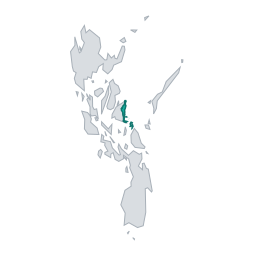 Antique, Antique, Philippines (highlighted), rotated 179°
{"feature_id": "2640588B32523752073662", "entity_name": "Antique", "entity_type": "district", "adm_level": 2, "iso_a3": "PHL", "parent_name": "Philippines", "parent_adm1": "Antique", "projection": "equal_earth", "projection_center": [121.674, 11.308], "detail": "fine", "context": "in_parent", "style": "filled", "palette": "teal", "viewbox_px": 256, "rotation_deg": 179, "n_neighbors": 0, "source": "geoboundaries", "source_scale": "gbopen_adm2", "svg_char_len": 6732}
<svg xmlns="http://www.w3.org/2000/svg" viewBox="0 0 256 256"><g transform="rotate(179 128 128)"><path d="M120.2,28.3L128.8,33.3L133.6,30.8L132.3,43.0L136.5,51.3L132.1,65.8L125.9,69.7L126.0,73.8L123.5,79.1L127.0,88.2L126.3,90.7L127.9,97.1L133.0,100.8L132.9,97.4L137.8,94.8L141.4,96.8L143.3,103.6L145.6,102.2L145.8,98.7L151.6,102.2L151.5,104.0L148.5,105.2L151.6,111.1L151.2,113.5L155.4,114.7L154.4,122.0L152.3,120.1L153.1,116.6L145.8,114.6L144.0,108.4L137.4,101.1L136.0,101.5L138.3,109.1L137.5,112.2L134.9,107.2L128.0,100.7L123.0,105.2L117.2,101.5L114.8,102.7L114.6,96.8L118.3,89.7L114.2,86.0L114.3,92.2L112.5,92.6L110.4,87.4L108.4,86.5L104.9,64.7L105.6,63.6L109.4,67.9L111.8,67.0L111.7,43.4L114.5,30.0L120.2,28.3ZM171.0,166.0L179.5,173.5L180.8,178.6L178.9,184.2L181.5,185.9L182.6,190.4L184.1,205.4L179.6,211.6L179.6,220.1L175.3,204.0L173.7,205.1L170.1,214.1L172.6,217.7L173.5,225.3L169.8,231.3L168.4,223.9L164.8,227.0L154.9,218.6L153.8,209.4L156.4,203.0L150.0,196.4L148.0,196.6L146.8,202.9L143.4,198.3L140.4,200.9L139.8,197.9L137.8,197.3L132.3,210.1L130.2,209.8L129.7,206.1L133.4,194.4L141.2,191.1L142.9,186.7L147.3,182.5L152.2,186.7L151.6,192.8L156.2,189.9L158.6,184.1L162.5,184.7L164.0,178.3L167.2,179.9L168.0,177.4L171.4,177.6L171.0,166.0ZM146.0,173.6L142.2,176.9L140.7,172.8L137.1,170.3L135.2,164.9L136.1,162.8L140.5,160.8L140.1,154.3L142.0,148.3L145.2,146.6L148.1,147.7L148.8,149.9L144.1,164.3L146.0,173.6ZM168.1,122.6L171.6,127.9L171.1,137.2L174.0,145.7L168.2,144.2L165.8,141.2L164.5,137.8L165.3,134.5L158.9,128.5L157.2,122.0L168.1,122.6ZM129.6,133.1L140.3,137.2L141.0,139.6L144.0,138.1L143.6,142.0L139.5,149.2L130.1,155.2L131.8,136.4L129.6,133.1ZM89.0,173.8L74.8,187.8L76.4,182.3L98.3,154.7L99.3,146.9L102.2,141.6L101.8,147.2L103.7,154.3L97.9,161.2L93.1,163.5L89.0,173.8ZM112.1,107.2L121.3,108.5L125.0,113.2L125.2,120.9L121.7,127.4L118.1,122.9L115.0,112.6L111.3,108.8L112.1,107.2ZM160.5,141.1L164.6,140.7L165.7,143.2L165.6,149.8L168.6,157.3L167.2,159.2L165.3,156.4L165.8,161.6L163.0,159.5L163.0,149.9L161.5,147.1L159.0,147.7L157.6,138.1L160.5,141.1ZM146.6,170.8L146.7,162.7L154.3,142.2L153.9,155.9L150.4,160.1L146.6,170.8ZM160.8,165.5L155.3,168.4L153.1,168.0L151.8,165.0L157.8,159.6L160.6,161.7L160.8,165.5ZM144.9,121.8L154.3,131.4L154.3,134.7L147.7,127.5L144.0,132.0L144.9,121.8ZM157.8,105.4L155.7,107.0L154.1,104.9L156.3,98.5L158.5,101.7L157.8,105.4ZM134.4,215.5L130.1,218.5L128.6,214.6L131.3,213.3L134.4,215.5ZM106.1,126.2L110.0,127.4L111.0,130.7L107.5,130.7L106.1,126.2ZM129.6,106.8L131.9,108.0L130.6,112.1L128.6,110.1L129.6,106.8ZM119.4,223.5L123.7,226.0L117.5,225.8L119.4,223.5ZM173.6,163.5L171.3,160.3L173.2,155.3L173.0,158.3L173.6,163.5ZM132.3,120.7L130.7,129.2L129.7,125.7L130.6,121.5L132.3,120.7ZM109.1,235.5L109.4,238.1L105.1,239.7L109.1,235.5ZM130.9,84.1L130.8,87.9L129.8,89.5L128.7,83.6L130.9,84.1ZM138.7,150.6L136.9,155.5L136.8,152.6L138.7,150.6ZM107.8,132.2L106.7,135.7L105.8,131.6L107.8,132.2ZM160.9,138.8L159.4,138.9L158.0,136.1L159.7,135.7L160.9,138.8ZM137.6,123.2L137.6,126.4L135.5,123.8L137.6,123.2ZM179.2,165.3L177.1,164.7L178.0,161.2L179.2,165.3ZM142.7,113.5L146.4,119.9L141.7,113.6L142.7,113.5ZM107.4,153.2L104.9,155.0L105.6,152.1L107.4,153.2ZM149.9,173.5L149.4,176.2L148.0,174.8L149.9,173.5ZM150.4,121.3L151.2,125.1L149.4,120.3L150.4,121.3ZM73.2,195.4L71.9,195.2L72.2,192.7L73.1,192.5L73.2,195.4ZM163.3,175.6L161.7,175.8L161.5,174.3L162.5,174.0L163.3,175.6ZM174.8,209.9L173.6,208.1L174.0,206.3L174.8,207.2L174.8,209.9ZM109.9,102.5L110.6,104.6L108.6,102.1L109.9,102.5ZM168.2,160.3L168.9,163.2L167.1,159.7L168.2,160.3ZM130.4,23.1L128.5,24.9L129.9,22.3L130.4,23.1ZM132.6,98.9L130.1,97.3L130.1,96.1L132.6,98.9ZM123.6,16.3L125.2,18.3L123.4,17.0L123.6,16.3Z" fill="#d9dde1" stroke="#a8b0b8" stroke-width="1"/><path d="M128.8,134.5L129.1,134.7L129.3,134.6L129.5,134.6L129.8,134.5L130.0,134.7L130.3,134.7L130.6,134.8L130.7,135.0L130.8,135.0L130.8,134.9L131.1,135.0L131.3,134.9L131.4,135.0L131.6,135.1L131.7,135.3L131.7,135.5L131.8,135.8L131.7,136.0L131.8,136.4L131.7,136.6L131.7,137.0L131.7,137.3L131.6,137.7L131.5,138.1L131.6,138.4L131.6,138.6L131.4,139.0L131.2,139.2L131.3,139.3L131.3,139.5L131.2,140.1L131.3,140.6L131.3,141.1L131.2,141.2L131.0,141.5L130.9,141.8L131.2,142.4L131.1,142.6L131.2,143.0L131.0,143.4L131.0,143.5L131.0,144.1L131.0,144.6L131.1,145.0L131.1,145.4L131.1,145.5L131.2,146.0L131.1,146.4L131.0,146.5L130.8,146.9L130.6,147.2L130.4,147.6L130.3,148.1L130.2,148.6L130.1,148.8L130.1,149.0L130.0,149.4L130.0,149.5L129.9,149.7L129.8,149.9L129.7,150.1L129.8,150.6L130.0,150.6L130.2,150.9L130.3,151.6L130.3,152.2L130.2,152.7L130.2,152.9L130.2,153.2L130.1,153.5L130.0,153.8L129.9,154.0L129.7,154.2L129.6,154.3L129.7,154.5L129.6,154.8L129.6,155.0L129.7,155.3L129.8,155.5L130.2,155.7L130.1,155.8L130.2,155.7L130.4,155.5L130.4,155.4L130.5,155.3L130.7,155.2L130.9,154.9L130.7,154.7L130.8,153.9L130.8,153.6L130.8,153.4L130.8,153.2L130.9,152.9L130.9,152.6L131.0,152.4L131.1,152.2L131.3,151.8L131.3,151.5L131.6,151.2L131.9,150.9L132.4,150.4L132.6,150.3L132.9,149.4L132.9,149.1L133.2,148.8L133.4,148.8L133.5,148.6L133.7,148.4L133.6,148.1L133.8,148.2L133.9,147.9L134.0,147.7L134.3,147.5L134.4,147.4L134.2,147.1L134.2,146.9L134.3,146.7L134.3,146.3L134.3,146.0L134.2,145.8L133.1,143.9L132.9,143.2L133.0,142.7L133.0,142.2L133.0,141.8L132.9,141.7L132.7,141.3L132.7,141.1L132.8,140.8L132.8,140.6L132.7,140.3L132.6,140.2L132.5,139.7L132.1,139.2L132.1,138.7L132.3,138.4L132.4,138.2L132.2,137.8L132.2,137.4L132.3,137.2L132.2,136.8L132.2,136.7L132.3,136.2L132.6,135.8L132.6,135.6L132.6,135.3L132.5,135.0L132.4,134.9L132.4,134.7L132.2,134.6L132.0,134.4L131.8,134.3L131.7,134.3L131.5,134.2L131.3,134.1L130.8,133.7L130.7,133.6L129.8,133.7L129.6,133.9L129.5,134.0L129.4,134.0L129.2,134.4L128.8,134.5ZM123.4,128.9L123.2,129.1L123.0,129.3L123.0,129.5L123.2,129.8L123.3,129.6L123.4,129.8L123.3,130.0L123.2,130.0L123.2,130.4L123.3,130.4L123.3,130.5L123.3,130.8L123.5,131.1L123.6,130.9L123.8,130.8L123.8,130.7L123.9,130.4L123.8,130.2L123.7,130.2L123.6,129.6L123.6,129.4L123.8,129.4L123.7,129.3L123.7,129.2L123.5,128.9L123.4,128.9ZM124.3,132.9L124.1,132.9L124.1,133.0L124.0,132.9L123.9,132.9L123.9,133.2L123.8,133.3L124.0,133.4L124.2,133.5L124.5,133.5L125.0,133.6L125.1,133.3L125.1,133.2L124.9,133.0L124.7,133.0L124.5,132.9L124.4,132.9L124.3,132.9ZM125.4,131.5L125.2,131.6L125.3,131.8L125.2,132.3L125.3,132.5L125.6,132.5L125.7,132.3L125.7,132.1L125.6,131.9L125.6,131.6L125.4,131.5ZM129.7,139.0L129.3,139.1L129.6,139.3L129.8,139.1L129.7,139.0ZM125.7,129.1L125.6,129.4L125.8,129.3L125.7,129.2L125.7,129.1ZM125.5,131.0L125.4,131.0L125.4,131.3L125.5,131.2L125.5,131.0ZM126.9,137.0L127.0,137.1L126.9,137.0ZM124.0,127.6L123.9,127.7L123.9,127.8L124.0,127.8L124.0,127.6Z" fill="#14b8a6" stroke="#0f766e" stroke-width="1.5"/></g></svg>